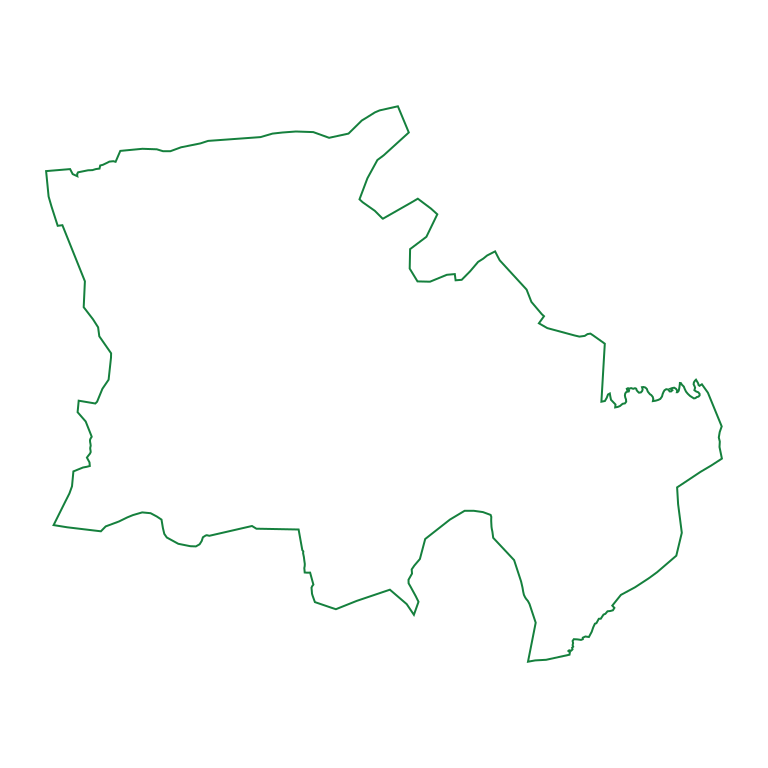 Ringim, Jigawa, Nigeria (orthographic projection)
{"feature_id": "59680162B52609098277437", "entity_name": "Ringim", "entity_type": "district", "adm_level": 2, "iso_a3": "NGA", "parent_name": "Nigeria", "parent_adm1": "Jigawa", "projection": "orthographic", "projection_center": [9.164, 12.166], "detail": "fine", "context": "isolated", "style": "outline", "palette": "green", "viewbox_px": 768, "rotation_deg": 0, "n_neighbors": 0, "source": "geoboundaries", "source_scale": "gbopen_adm2", "svg_char_len": 4698}
<svg xmlns="http://www.w3.org/2000/svg" viewBox="0 0 768 768"><path d="M528.0,661.7L535.2,660.4L546.1,659.8L569.5,654.7L569.9,652.3L568.4,651.0L569.2,650.3L571.2,650.7L572.5,649.4L572.1,647.7L573.2,646.7L572.6,645.1L573.1,643.1L572.6,641.0L573.8,639.2L577.5,639.4L581.0,639.9L582.8,639.2L582.8,637.7L585.4,636.5L588.9,637.0L591.7,631.8L593.2,627.4L594.9,623.7L596.4,623.2L597.5,621.2L598.8,618.8L600.8,618.7L601.9,617.0L603.5,614.6L605.4,613.8L607.5,611.3L610.3,611.0L612.9,610.3L614.4,607.9L612.3,605.6L620.9,594.9L635.0,587.3L648.6,578.4L657.1,572.2L676.3,555.7L681.8,532.8L678.1,504.1L677.1,487.4L700.6,471.8L711.1,465.6L721.9,458.6L719.5,447.0L719.8,441.6L718.8,437.5L719.7,432.1L721.7,426.4L707.9,392.7L701.9,384.3L699.5,385.8L698.5,384.9L698.2,383.4L697.5,382.2L696.0,379.7L694.9,380.8L693.9,382.4L693.6,384.3L694.4,385.9L695.1,387.7L694.4,390.2L696.2,391.5L698.3,392.3L699.2,393.4L699.6,393.9L699.6,395.4L698.5,396.6L696.7,397.1L695.5,398.1L693.9,398.4L692.3,397.4L690.0,395.9L687.8,393.8L687.3,393.2L686.0,391.6L684.7,388.9L683.8,386.6L681.8,384.6L680.9,383.1L679.9,383.0L679.8,384.4L679.5,386.6L679.2,388.5L678.7,390.8L678.3,391.3L677.5,392.2L676.9,392.2L677.2,391.1L677.3,390.7L676.0,388.8L674.2,387.7L672.1,388.1L670.5,388.7L672.4,390.2L671.1,391.4L669.6,391.4L668.4,389.6L666.2,389.2L664.5,390.3L663.6,391.8L662.7,393.9L662.0,396.5L660.3,398.9L658.3,399.9L655.6,400.7L652.9,401.1L653.3,399.0L652.7,396.8L651.2,395.0L650.0,394.3L647.8,391.6L646.8,388.9L645.3,387.5L643.4,387.0L642.0,387.2L642.4,388.4L642.6,389.7L642.1,391.1L640.9,392.4L639.0,392.7L637.9,391.7L636.7,390.3L636.2,388.7L635.0,388.2L633.2,388.8L631.1,388.1L629.5,388.6L628.0,388.2L626.8,388.8L627.1,389.8L628.6,389.5L629.1,390.6L628.7,391.5L627.4,391.6L626.0,392.3L625.2,393.6L624.9,395.4L625.3,397.6L626.0,399.4L626.1,400.7L626.2,401.7L624.9,403.4L622.6,403.8L620.0,406.0L617.8,406.9L615.2,407.4L615.5,404.5L611.0,399.8L610.3,396.4L609.8,393.5L608.0,394.5L606.7,397.9L604.9,401.0L601.4,401.7L604.8,343.7L593.0,335.3L590.4,333.6L587.5,334.1L584.7,335.9L579.4,336.6L574.7,335.5L547.3,328.1L538.9,323.3L544.0,316.2L541.8,314.2L531.4,301.9L526.6,289.6L499.7,260.3L497.8,256.7L495.1,251.4L493.5,252.2L487.1,255.5L483.3,258.6L478.1,261.9L470.1,271.3L461.7,279.8L455.6,280.3L454.8,274.1L446.8,274.8L430.0,281.7L417.5,281.4L409.7,268.6L410.1,249.1L426.4,236.8L437.3,214.3L431.0,208.6L417.8,198.7L409.8,203.4L409.4,203.6L382.9,218.7L382.6,218.6L374.8,210.8L362.6,202.2L359.5,199.3L367.4,178.3L377.4,160.0L383.7,155.3L408.8,132.5L397.9,106.3L379.6,110.4L374.9,112.4L366.1,117.9L361.8,120.5L348.5,133.6L329.1,137.8L313.3,132.1L295.9,131.5L282.5,132.5L272.5,133.6L260.5,137.1L208.1,140.9L200.4,143.4L181.0,147.3L170.4,151.2L163.0,151.2L156.8,149.3L142.4,148.8L120.3,150.9L115.6,161.8L113.3,161.2L109.4,161.6L107.3,162.7L102.9,164.8L100.2,165.5L99.5,168.6L96.2,169.0L94.4,169.5L92.5,170.1L88.0,170.3L78.1,172.3L77.9,172.7L77.8,172.9L77.6,173.1L77.5,173.4L77.4,173.6L77.2,173.9L77.3,174.2L77.2,174.5L77.2,174.8L77.2,175.1L77.2,175.7L77.3,176.2L72.7,174.1L70.1,169.1L46.1,171.1L48.6,196.5L51.5,206.5L57.7,225.8L62.4,225.2L84.9,281.3L83.7,307.2L93.0,319.3L98.1,327.3L99.3,336.3L111.1,353.3L111.0,357.7L108.6,379.7L102.4,388.8L97.1,401.7L95.3,403.5L78.7,400.7L77.6,412.2L85.7,421.5L91.4,435.9L91.7,436.8L90.9,438.0L90.3,439.1L90.0,440.2L90.1,442.0L90.5,444.0L90.7,445.8L90.3,447.3L90.2,448.8L90.5,450.3L90.7,452.0L90.0,453.6L89.1,454.7L88.0,456.1L86.9,457.6L89.5,462.4L89.8,466.0L86.7,466.8L83.0,467.5L73.4,471.4L72.0,486.3L69.4,493.5L65.4,501.4L53.6,525.1L67.3,527.3L100.9,531.3L105.7,526.4L118.9,521.5L127.3,517.4L132.9,515.1L142.2,512.4L150.6,513.2L156.8,516.5L161.5,519.6L162.9,528.0L164.3,533.9L166.8,537.5L178.3,543.8L190.3,546.2L195.9,546.4L199.6,544.3L201.7,541.0L202.9,537.3L205.5,535.6L206.8,535.2L209.3,535.8L252.0,526.0L256.4,528.7L267.1,528.9L298.6,529.5L302.3,550.1L303.3,551.4L303.1,553.2L303.9,557.1L304.3,560.4L304.8,563.9L304.7,566.1L304.3,568.1L304.5,570.1L304.7,572.5L307.1,572.7L310.1,572.6L312.5,581.4L313.4,584.6L312.3,586.0L311.5,587.7L311.8,591.0L312.0,593.7L312.6,595.7L314.9,602.1L331.3,607.7L335.9,609.2L356.7,600.9L386.3,590.9L389.9,589.7L406.7,604.1L413.9,614.8L418.5,601.8L415.8,596.3L410.5,586.6L408.6,583.3L408.5,579.8L412.0,573.6L411.7,569.4L414.3,565.6L419.9,559.0L425.2,539.0L449.9,519.6L464.6,510.8L473.8,510.8L483.0,512.1L490.6,514.9L491.3,516.9L491.2,519.1L491.2,519.3L491.2,519.5L491.2,519.8L491.2,520.0L491.2,520.3L491.2,520.5L491.2,520.8L491.2,521.0L491.4,524.8L491.5,526.8L491.8,528.9L492.4,531.7L493.2,537.8L514.1,560.1L521.1,581.5L522.5,587.6L523.2,591.7L523.9,594.8L525.0,597.1L526.0,598.7L527.9,601.0L529.5,604.0L535.7,622.7L528.0,661.7Z" fill="none" stroke="#15803d" stroke-width="2"/></svg>